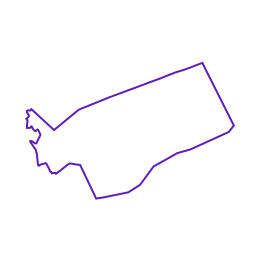 outline of Qantara Gharb, al-, Al Isma`iliyah, Egypt, rotated 65°
{"feature_id": "37247803B15873621471618", "entity_name": "Qantara Gharb, al-", "entity_type": "district", "adm_level": 2, "iso_a3": "EGY", "parent_name": "Egypt", "parent_adm1": "Al Isma`iliyah", "projection": "orthographic", "projection_center": [32.205, 30.739], "detail": "fine", "context": "isolated", "style": "outline", "palette": "violet", "viewbox_px": 256, "rotation_deg": 65, "n_neighbors": 0, "source": "geoboundaries", "source_scale": "gbopen_adm2", "svg_char_len": 1544}
<svg xmlns="http://www.w3.org/2000/svg" viewBox="0 0 256 256"><g transform="rotate(65 128 128)"><path d="M100.4,33.1L99.5,45.9L99.0,52.2L97.6,62.1L97.4,66.2L97.1,70.2L96.8,76.4L95.9,87.5L92.3,131.6L90.6,164.7L91.2,167.1L94.3,179.4L98.6,195.9L96.6,196.7L72.3,206.7L70.1,207.6L70.9,209.2L69.7,211.2L69.6,211.4L69.9,212.5L71.0,213.0L72.8,212.7L75.0,212.5L76.1,213.8L76.4,215.2L76.7,216.3L77.3,216.3L77.8,216.0L78.3,215.8L79.4,216.3L80.8,217.1L82.5,218.2L85.2,219.6L86.4,216.8L86.5,216.5L86.3,216.1L86.0,215.7L85.7,214.9L86.0,214.6L86.8,214.5L87.6,214.6L88.4,214.6L90.6,214.0L91.4,213.5L91.7,213.2L91.3,211.6L91.1,210.8L92.2,210.2L95.2,210.2L97.1,210.2L98.0,211.2L99.0,212.4L101.3,215.3L103.0,217.3L103.2,217.6L102.9,218.1L102.7,218.7L101.0,219.7L100.2,220.0L99.7,220.6L99.1,220.9L98.9,221.2L98.6,222.0L98.6,222.3L100.2,222.2L103.7,221.7L106.8,221.1L108.7,220.8L110.3,221.1L113.1,221.6L122.6,224.9L124.4,225.0L124.5,224.5L124.2,224.4L124.2,223.0L124.4,222.0L125.0,217.6L126.2,217.0L133.4,216.7L134.3,217.1L135.4,216.3L136.9,216.2L137.1,214.6L137.5,214.2L137.7,213.4L137.8,213.2L138.2,212.6L138.9,212.6L139.0,212.3L138.0,207.5L137.3,204.6L137.0,203.4L136.7,202.2L136.0,199.3L135.7,197.9L135.5,196.8L135.5,196.1L135.5,195.8L135.9,195.1L137.9,192.1L138.8,190.9L141.3,187.0L151.7,186.9L153.3,186.9L174.5,186.7L178.5,186.7L180.7,178.9L186.4,155.0L186.3,153.9L184.6,141.1L179.6,131.9L173.7,121.2L171.6,93.9L173.8,80.6L174.0,59.6L174.2,38.4L170.5,31.0L159.0,31.4L158.1,31.4L100.6,33.1L100.4,33.1Z" fill="none" stroke="#5b21b6" stroke-width="2"/></g></svg>